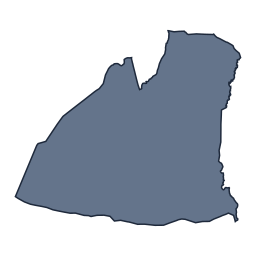 Ikere, Ekiti, Nigeria (Equal Earth projection)
{"feature_id": "59680162B84830000650933", "entity_name": "Ikere", "entity_type": "district", "adm_level": 2, "iso_a3": "NGA", "parent_name": "Nigeria", "parent_adm1": "Ekiti", "projection": "equal_earth", "projection_center": [5.272, 7.511], "detail": "fine", "context": "isolated", "style": "filled", "palette": "slate", "viewbox_px": 256, "rotation_deg": 0, "n_neighbors": 0, "source": "geoboundaries", "source_scale": "gbopen_adm2", "svg_char_len": 5344}
<svg xmlns="http://www.w3.org/2000/svg" viewBox="0 0 256 256"><path d="M235.3,221.6L235.6,221.4L235.9,220.7L236.1,220.5L236.6,220.6L237.6,220.1L237.8,219.2L237.6,218.5L236.8,218.1L236.4,217.6L236.4,216.9L236.4,216.1L236.3,215.4L236.1,214.2L236.3,213.1L236.5,212.2L236.3,211.2L236.2,210.1L236.0,209.0L236.5,208.3L237.2,207.3L237.6,206.2L237.7,205.3L237.6,204.2L237.0,203.3L236.5,203.0L235.9,202.2L235.3,201.3L234.3,200.0L233.5,198.2L232.2,197.3L231.4,196.1L230.5,195.8L229.8,193.7L229.5,193.3L229.4,192.2L229.2,190.7L229.1,189.4L229.4,188.0L229.1,187.6L227.4,187.9L225.9,187.5L224.9,188.1L224.4,189.1L223.9,189.6L223.3,189.8L222.1,188.7L221.7,188.0L221.6,187.6L221.6,186.7L221.9,186.1L222.0,185.4L223.1,185.1L223.5,184.4L223.0,183.6L222.7,183.0L223.3,182.4L223.5,181.1L224.2,180.5L224.0,180.1L223.5,180.1L223.3,179.6L223.5,178.9L223.5,177.8L223.2,176.7L223.4,176.3L223.5,175.1L223.4,174.4L223.3,173.6L223.3,173.1L222.6,173.0L222.4,173.0L222.2,173.0L221.9,173.1L221.3,172.8L220.8,172.1L220.6,171.7L220.4,171.2L220.6,170.7L220.9,170.6L221.5,170.2L222.2,168.3L222.9,166.8L222.6,165.8L222.1,164.6L221.5,163.4L221.0,163.0L220.2,162.7L219.4,162.0L218.6,161.2L219.6,155.4L219.1,150.5L220.8,142.1L220.9,129.2L220.9,124.1L221.3,115.1L221.4,111.7L221.4,110.6L221.6,109.9L225.0,108.2L226.0,107.7L226.4,107.2L226.1,106.8L226.1,105.9L225.9,105.4L226.1,105.2L226.5,105.4L226.3,104.6L226.5,103.7L226.8,103.5L227.3,103.2L227.2,102.4L227.3,101.5L227.2,101.0L227.5,100.4L227.7,100.1L228.0,100.1L228.4,100.1L228.9,99.8L229.4,99.2L229.3,98.7L229.1,98.4L228.9,98.1L229.0,97.9L229.1,97.3L228.8,96.9L228.8,96.6L229.0,96.5L229.2,96.9L229.4,96.7L229.3,96.4L229.2,96.0L229.6,95.9L229.7,95.6L230.0,95.5L230.2,95.3L229.9,95.3L229.6,95.1L229.6,94.8L229.9,94.7L230.1,94.8L230.3,94.6L230.2,94.2L230.1,93.6L230.3,93.8L230.4,93.5L230.4,93.2L230.0,93.0L229.8,92.9L229.7,92.4L229.7,91.8L229.8,91.3L229.9,91.1L230.3,90.9L230.5,90.8L230.4,90.5L230.2,90.6L230.1,90.3L230.2,90.0L230.4,89.7L230.8,88.0L230.7,87.0L230.7,86.5L230.1,86.7L229.5,85.9L229.0,84.9L228.9,84.6L228.8,84.0L229.1,83.9L229.1,83.7L229.0,83.0L229.4,83.3L229.6,83.7L229.9,83.4L230.2,83.2L230.3,82.7L229.9,82.5L229.8,82.2L230.3,81.9L230.5,82.1L230.9,82.1L231.1,82.0L230.9,81.4L231.0,81.2L231.1,80.6L231.4,80.8L231.6,80.2L232.1,80.5L232.5,81.0L232.8,80.8L232.4,80.0L233.0,79.6L233.2,79.2L233.7,79.2L233.8,78.6L234.4,77.8L234.4,76.6L234.2,75.8L234.1,75.3L234.1,75.0L234.4,75.0L234.5,74.3L234.6,73.8L235.0,73.4L235.1,73.2L235.0,72.7L234.9,72.2L234.6,72.5L234.3,71.7L234.4,71.4L234.7,71.5L235.0,70.5L235.3,70.3L235.5,69.9L235.3,69.4L235.2,68.9L235.6,68.3L235.8,68.9L236.2,68.7L236.5,68.2L236.7,67.6L237.3,67.4L237.2,66.8L237.5,66.2L237.5,65.6L237.0,65.4L236.7,65.2L237.1,64.8L236.7,64.5L236.6,63.0L237.3,62.6L237.6,62.2L237.2,61.8L237.4,61.3L237.3,60.5L237.2,60.1L237.5,59.9L237.6,60.0L238.0,59.9L238.6,59.8L239.1,59.7L239.2,59.0L239.5,58.7L240.2,58.1L240.6,57.6L239.2,53.2L236.1,50.6L234.1,48.5L233.0,45.7L231.5,44.7L227.3,42.3L226.3,42.1L224.7,41.3L221.1,39.4L220.0,38.8L216.7,37.3L215.0,35.7L214.2,34.7L213.7,34.1L213.1,34.5L205.1,34.3L196.4,33.9L188.4,34.5L187.2,34.0L185.7,32.3L185.0,32.0L184.3,31.2L178.7,31.4L174.1,31.8L168.4,30.7L168.1,30.7L168.3,31.2L168.5,32.2L168.9,32.9L169.0,33.8L168.9,35.0L168.8,36.6L168.8,37.8L168.6,38.4L168.5,38.8L168.4,39.7L168.2,40.2L167.7,41.0L167.5,41.4L167.3,43.0L166.6,43.1L166.2,43.4L165.8,46.0L165.7,46.6L165.5,47.8L165.6,48.8L165.6,49.6L164.8,53.9L161.6,58.7L159.4,63.7L158.3,68.1L157.4,70.3L156.9,73.0L156.6,73.8L155.9,74.7L154.6,75.4L153.7,75.9L152.7,76.5L152.5,77.2L151.9,77.8L151.5,77.9L151.0,78.4L150.8,78.9L150.1,79.1L149.4,79.2L149.0,80.0L148.4,81.2L147.7,81.7L147.0,81.7L146.7,81.5L146.1,81.6L146.2,82.2L146.4,83.3L145.9,83.4L145.0,83.4L144.6,83.2L144.3,83.1L142.7,83.5L142.4,84.2L142.1,84.6L141.8,85.5L141.6,87.4L141.6,88.0L141.7,88.5L141.3,88.9L141.0,89.1L140.6,89.1L140.3,89.3L140.0,89.4L139.6,89.6L139.3,88.8L138.4,86.1L138.0,84.9L137.7,83.8L137.1,81.5L136.5,79.2L136.3,78.4L136.0,77.1L135.6,75.6L134.7,71.9L134.3,70.3L133.8,68.4L133.2,66.0L132.8,64.1L132.4,62.7L132.0,61.0L131.5,58.9L131.6,57.6L130.3,57.8L129.6,57.9L128.9,57.8L128.0,57.8L127.5,57.8L126.9,58.0L126.3,58.2L125.5,58.6L124.6,59.2L124.2,59.5L124.2,60.2L124.2,60.7L124.3,61.5L124.3,62.7L124.0,63.8L123.3,64.4L123.1,64.5L122.4,65.2L121.9,65.5L121.5,65.7L120.8,65.6L119.3,64.6L118.8,64.2L118.4,64.0L117.9,63.7L117.3,63.6L116.7,63.6L116.0,63.6L115.3,63.7L114.6,63.8L114.2,63.8L113.4,64.8L112.1,65.2L111.5,65.6L110.5,66.4L108.6,68.6L107.4,71.1L105.5,74.9L105.2,76.1L103.3,83.6L99.3,88.6L98.4,89.2L96.6,90.3L95.2,91.3L94.0,92.2L92.2,93.6L91.0,94.6L89.5,95.7L85.6,98.8L79.5,103.5L68.3,112.2L63.7,115.8L63.1,116.3L62.6,116.9L59.6,121.0L57.3,124.2L45.8,141.4L38.1,143.6L36.8,145.3L15.4,196.6L18.3,198.5L24.4,201.9L30.4,204.2L35.6,205.3L41.7,206.4L46.9,207.5L52.9,209.8L58.1,210.9L64.2,212.1L70.2,213.2L75.4,213.1L84.1,215.4L88.6,215.6L91.0,216.5L92.9,216.1L97.0,215.3L104.0,215.2L110.0,216.3L114.4,221.0L120.6,220.3L127.5,221.8L129.1,222.0L137.7,224.3L140.3,224.2L142.7,224.2L144.6,224.2L149.4,224.7L155.0,225.3L163.6,225.2L169.7,222.9L176.6,220.5L178.5,219.7L181.7,219.0L185.2,219.3L193.8,222.1L195.6,222.7L202.5,221.5L209.4,221.4L213.7,219.1L220.5,216.4L222.4,215.5L225.8,214.3L228.4,213.1L233.6,215.4L234.2,217.5L234.7,219.1L234.9,220.0L235.3,221.6Z" fill="#64748b" stroke="#1e293b" stroke-width="1.5"/></svg>